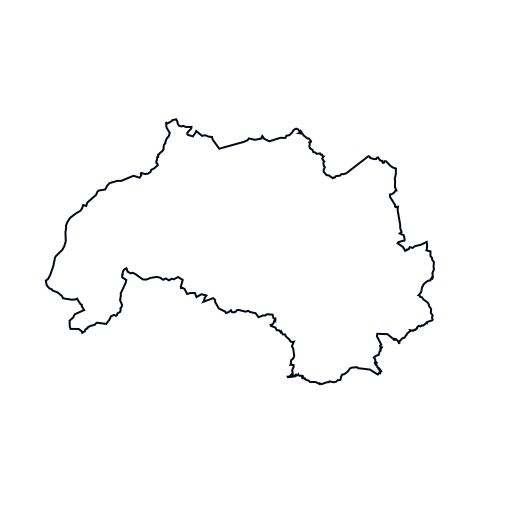 the district of Lifford-Stranorlar Lea-6, Donegal, Ireland, rotated 202°
{"feature_id": "5873133B69749427395931", "entity_name": "Lifford-Stranorlar Lea-6", "entity_type": "district", "adm_level": 2, "iso_a3": "IRL", "parent_name": "Ireland", "parent_adm1": "Donegal", "projection": "mercator", "projection_center": [-7.813, 54.836], "detail": "fine", "context": "isolated", "style": "outline", "palette": "ink", "viewbox_px": 512, "rotation_deg": 202, "n_neighbors": 0, "source": "geoboundaries", "source_scale": "gbopen_adm2", "svg_char_len": 6085}
<svg xmlns="http://www.w3.org/2000/svg" viewBox="0 0 512 512"><g transform="rotate(202 256 256)"><path d="M369.4,136.9L368.0,142.4L367.9,145.8L365.5,148.2L363.5,148.1L362.8,148.9L362.9,150.9L361.0,153.4L361.3,155.4L362.1,156.6L361.5,158.7L361.9,160.5L365.5,164.1L366.4,168.5L367.4,170.5L366.8,182.0L367.3,185.2L372.0,186.1L373.0,188.2L372.6,188.7L373.4,190.4L373.4,193.9L371.5,196.1L369.2,193.4L365.7,193.0L364.2,194.2L361.2,194.1L352.3,191.9L349.1,192.9L345.2,196.4L340.3,199.4L337.0,200.0L333.2,199.2L331.2,201.4L327.6,200.8L325.5,203.4L323.5,203.6L320.4,207.3L315.0,206.3L314.2,199.3L313.5,198.2L312.2,198.9L309.9,198.7L305.6,195.0L302.9,197.1L298.8,198.8L295.8,195.6L292.3,200.1L287.2,200.8L287.9,197.6L287.4,195.1L287.6,193.9L279.9,200.9L277.4,199.9L276.8,198.2L270.8,193.4L263.8,192.9L262.4,191.9L260.5,193.6L258.9,196.3L257.4,195.0L255.6,195.3L254.0,196.7L253.4,198.5L251.9,199.5L244.8,200.5L242.7,202.2L240.5,201.8L235.0,202.8L230.7,200.2L227.1,203.6L225.0,204.4L224.0,206.2L218.6,207.8L216.6,205.0L214.9,204.6L214.6,205.1L214.0,204.1L213.9,202.9L214.3,202.7L214.0,202.4L214.8,202.1L214.6,200.2L215.2,198.6L216.5,197.7L215.9,197.4L215.9,196.8L211.2,196.9L209.0,195.0L206.8,195.7L204.9,194.8L204.7,195.3L204.3,194.5L203.8,195.0L201.8,193.4L199.5,194.1L198.3,192.7L194.1,191.2L191.8,189.7L190.1,189.7L188.8,190.7L188.9,185.7L186.9,184.2L183.1,177.6L183.1,174.8L184.2,173.0L184.2,171.9L183.6,169.6L182.9,168.7L183.1,168.1L180.4,169.0L179.6,167.5L179.6,163.4L178.1,161.1L179.6,156.9L181.4,156.0L181.0,155.6L177.0,157.7L177.9,158.5L177.3,159.4L176.8,158.7L175.2,159.0L175.6,159.6L174.9,159.8L174.6,160.6L174.1,159.9L173.3,160.6L172.5,162.1L172.1,161.4L170.8,161.3L168.1,162.3L167.4,162.1L167.9,160.8L167.2,160.1L164.8,160.9L164.1,160.0L160.3,160.1L158.6,159.4L153.6,161.5L149.1,161.1L149.1,161.8L147.2,161.7L142.9,165.6L141.2,166.3L140.9,167.3L136.8,168.0L134.9,169.2L133.5,171.6L131.5,172.5L131.3,173.0L131.9,176.2L131.6,178.5L130.2,179.2L128.9,180.9L127.5,183.7L126.8,186.9L125.2,188.5L120.7,190.7L119.1,190.3L107.8,193.4L98.7,191.7L98.2,193.5L97.0,193.6L96.9,194.3L98.2,194.9L97.4,194.8L97.4,195.8L96.9,196.1L97.6,196.7L98.6,196.3L98.9,197.4L99.9,197.3L99.9,198.0L101.7,198.2L102.0,199.2L104.4,200.0L105.1,200.8L103.9,200.7L104.0,201.9L105.1,201.6L105.0,202.7L105.7,202.8L106.9,204.9L108.7,206.0L107.1,208.7L105.2,210.3L105.6,213.7L105.0,214.9L105.7,215.6L105.6,216.6L106.1,217.4L105.3,217.1L105.1,218.5L106.2,218.3L107.2,219.5L106.7,220.8L113.8,226.8L114.4,229.3L104.8,232.8L98.1,230.6L96.4,231.1L96.9,230.2L96.7,229.9L95.0,230.8L93.4,230.8L90.8,228.8L90.5,229.1L91.4,230.5L90.5,231.6L89.9,233.6L88.8,235.3L88.0,235.5L87.3,237.2L87.4,238.5L86.8,239.3L86.8,240.9L84.7,244.4L85.3,244.9L82.5,245.5L82.6,245.9L80.8,247.0L80.9,247.5L80.1,248.1L79.6,249.4L79.9,250.0L79.0,252.2L76.9,252.4L76.3,253.8L74.9,254.1L73.1,257.5L72.6,257.6L72.9,257.9L72.8,258.7L68.4,262.5L68.5,263.4L69.8,264.9L69.9,267.0L72.5,268.7L73.8,272.5L77.0,274.6L77.2,275.4L79.5,277.2L84.3,278.4L86.7,279.9L88.4,279.6L89.9,280.9L90.5,280.7L89.3,284.4L90.4,289.4L89.9,290.7L90.1,292.2L88.4,295.8L86.9,297.7L85.1,298.7L85.4,300.1L83.9,301.0L84.2,302.6L84.8,302.5L84.7,303.7L86.1,306.5L86.0,310.4L87.3,312.4L88.7,316.9L91.1,318.4L92.1,320.2L94.3,321.4L95.9,325.6L100.1,325.1L100.2,326.4L101.3,330.0L103.0,333.0L107.4,328.1L112.3,324.7L113.8,322.2L116.8,321.8L117.0,319.4L118.6,318.4L118.4,318.1L119.6,316.6L123.1,319.4L129.5,320.9L129.2,322.2L124.1,326.1L124.7,327.6L126.8,330.6L131.2,330.7L130.0,332.8L132.6,335.6L134.1,339.1L142.0,351.8L142.8,354.9L144.7,353.6L145.6,353.9L145.9,355.2L153.9,361.0L154.8,363.2L153.5,364.0L151.7,366.4L151.2,368.7L150.3,369.3L153.0,372.0L155.2,377.9L156.3,379.6L156.9,383.8L159.0,389.5L162.4,389.3L165.6,390.1L170.8,392.5L172.2,392.1L172.3,390.3L173.1,389.9L174.0,390.4L174.5,391.4L176.7,391.1L179.9,393.1L180.9,392.0L180.9,390.9L182.7,390.1L186.9,389.7L187.6,390.6L189.1,390.7L203.3,366.5L205.4,364.7L207.5,363.9L208.2,362.0L211.9,359.9L212.4,358.1L213.5,357.8L213.9,356.9L218.6,358.0L220.9,357.4L224.9,359.5L225.6,361.5L225.5,364.2L226.8,364.9L228.2,367.0L228.5,368.3L228.1,369.1L231.1,371.0L230.6,373.4L231.3,373.1L232.6,374.7L234.0,374.2L235.0,375.1L238.0,373.5L240.2,374.2L241.8,373.8L243.3,375.5L246.3,376.1L247.6,377.6L248.1,380.2L249.1,381.2L248.1,381.9L247.8,382.8L248.1,383.1L251.0,384.7L252.5,384.3L256.9,385.6L258.8,386.8L262.2,386.0L260.4,388.0L261.0,388.4L260.9,387.6L261.6,387.3L264.4,389.2L266.5,389.1L267.3,388.3L268.4,386.6L268.8,383.9L270.3,380.6L272.9,378.8L272.9,376.5L277.7,374.7L286.7,367.3L292.4,367.8L295.1,369.6L295.3,367.9L294.9,367.0L300.6,363.3L306.6,362.4L307.2,360.2L310.1,357.2L330.3,341.7L339.9,347.8L341.4,349.9L344.7,348.9L348.1,349.0L351.1,347.2L358.2,349.5L358.1,348.3L359.3,343.3L364.3,342.8L365.2,343.1L365.9,344.6L363.8,349.8L364.2,351.5L369.2,349.4L372.4,349.3L373.7,348.2L376.1,347.9L378.3,349.5L379.0,350.9L381.2,352.8L384.5,350.6L384.6,349.6L387.6,345.9L389.8,346.1L389.2,345.7L387.2,341.7L382.1,337.8L381.7,334.9L382.8,331.2L382.7,327.4L382.3,326.8L382.9,324.7L382.5,322.3L381.7,320.6L382.2,318.0L383.8,315.2L383.9,314.1L384.7,313.3L383.8,311.2L384.6,310.5L383.8,308.1L383.9,306.3L383.0,304.8L382.2,304.8L381.1,303.5L383.1,299.2L385.4,296.7L385.4,294.1L387.1,291.8L389.4,290.5L393.6,289.9L393.7,289.3L392.6,287.7L393.3,285.0L399.6,284.5L409.1,275.2L412.7,273.7L419.1,268.7L420.4,265.1L420.7,261.2L426.6,257.6L427.1,256.2L427.2,252.7L432.4,242.4L432.2,238.8L435.3,238.5L435.1,234.8L435.8,232.0L438.9,228.0L442.2,222.5L442.9,220.7L443.6,216.6L443.5,212.6L442.5,210.7L441.6,206.7L437.9,198.4L437.4,193.1L437.9,189.2L441.6,180.6L441.7,178.9L440.2,171.1L439.7,161.0L440.2,156.8L441.6,154.5L439.4,150.8L437.6,149.6L435.2,148.5L433.1,148.7L431.7,147.8L426.2,147.9L420.9,146.2L419.1,144.5L410.3,146.5L406.5,148.5L406.0,149.4L400.7,145.6L399.3,145.6L399.0,144.4L395.1,141.5L402.2,134.1L402.5,130.4L404.6,126.3L402.2,120.7L400.6,118.9L393.1,121.9L389.3,120.9L388.4,119.7L386.6,121.9L386.6,124.1L385.2,125.8L385.5,126.4L385.2,126.9L383.4,129.1L379.7,131.8L379.3,133.5L378.4,134.6L369.4,136.9Z" fill="none" stroke="#020617" stroke-width="2"/></g></svg>